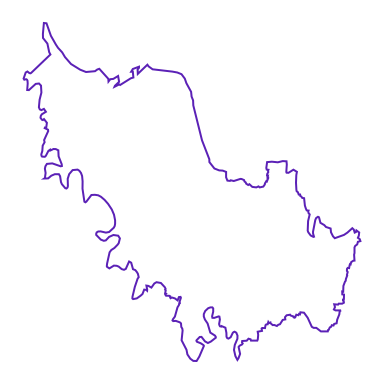 the district of Kushtia, Khulna, Bangladesh
{"feature_id": "16705992B21124734124900", "entity_name": "Kushtia", "entity_type": "district", "adm_level": 2, "iso_a3": "BGD", "parent_name": "Bangladesh", "parent_adm1": "Khulna", "projection": "equal_earth", "projection_center": [89.019, 23.943], "detail": "fine", "context": "isolated", "style": "outline", "palette": "violet", "viewbox_px": 384, "rotation_deg": 0, "n_neighbors": 0, "source": "geoboundaries", "source_scale": "gbopen_adm2", "svg_char_len": 5953}
<svg xmlns="http://www.w3.org/2000/svg" viewBox="0 0 384 384"><path d="M186.5,349.8L187.4,354.4L190.3,358.7L193.3,360.9L196.6,361.0L199.3,356.6L203.9,345.9L203.4,345.0L200.6,343.2L197.0,341.8L196.4,340.8L196.6,340.2L199.7,337.0L201.5,336.9L205.0,341.4L207.9,343.0L210.8,341.6L215.8,337.7L215.8,336.9L215.0,335.6L210.3,332.6L207.6,323.5L204.9,319.5L203.8,316.5L203.8,314.1L205.2,311.0L208.2,308.2L210.4,307.4L212.4,307.4L213.2,308.4L213.2,311.7L212.1,316.3L212.4,317.8L214.2,317.9L218.6,316.4L219.4,316.6L219.9,319.5L219.1,324.0L219.5,325.4L220.0,326.3L221.3,326.6L221.6,326.1L225.4,327.7L226.4,332.9L226.5,336.8L227.3,338.2L228.5,338.6L230.7,337.2L232.8,332.8L233.6,332.1L234.6,331.7L236.3,332.7L237.5,335.6L237.4,338.8L234.8,344.9L234.0,349.9L235.4,356.1L237.4,359.9L238.5,358.2L240.1,353.9L238.6,347.0L239.6,345.7L242.1,344.4L242.7,343.5L242.0,342.4L242.2,341.0L246.7,340.7L248.5,338.7L250.6,339.3L251.0,340.6L257.3,340.6L257.8,339.3L258.2,334.8L257.7,331.7L262.0,330.9L261.6,328.5L262.2,328.0L265.0,328.1L265.5,325.2L266.3,324.4L267.6,324.3L268.3,322.0L269.0,323.1L270.4,322.5L270.5,323.2L272.7,325.1L274.3,325.0L276.9,326.0L278.2,324.8L280.0,324.2L282.7,319.9L285.3,319.4L285.0,317.2L286.6,315.3L290.1,314.7L290.6,315.5L293.6,316.5L293.6,317.3L294.4,317.7L295.2,317.4L296.3,314.7L298.4,315.2L299.0,313.9L300.0,314.3L300.4,312.3L304.0,312.7L307.7,317.8L311.8,326.8L313.7,327.9L316.4,327.9L320.9,331.4L327.8,331.4L328.1,330.0L328.7,329.8L329.8,327.4L331.1,326.8L331.8,325.2L333.5,325.5L334.2,323.9L336.6,323.3L337.2,319.7L339.3,314.4L339.7,311.2L340.3,310.9L340.2,310.4L335.5,310.4L333.9,309.5L335.0,307.1L334.2,304.3L338.1,304.6L338.7,303.7L342.1,303.7L343.9,302.7L343.7,300.9L343.0,300.6L343.0,299.5L343.9,299.1L344.0,294.6L342.3,294.4L342.2,291.5L343.2,291.7L343.4,285.9L345.0,281.6L345.7,280.8L345.9,279.0L347.2,275.5L346.9,275.0L347.7,272.0L346.9,270.9L347.0,268.9L347.7,267.9L349.1,268.1L349.6,265.2L350.0,264.1L350.6,264.4L351.2,262.1L353.3,260.7L354.5,260.6L354.1,254.7L354.5,253.0L354.5,247.4L355.2,245.9L357.2,244.4L357.9,241.8L360.4,241.1L359.8,239.2L357.9,237.8L358.8,235.7L359.2,232.5L356.4,230.4L355.9,232.1L354.7,232.6L353.8,229.6L352.3,228.2L347.4,232.6L344.0,234.9L334.8,238.2L333.0,236.3L331.0,232.3L330.6,228.5L326.0,227.0L324.3,225.1L320.4,222.8L319.2,218.0L318.7,217.0L317.9,216.8L316.1,218.1L315.3,220.0L313.0,231.9L313.1,233.7L314.0,236.7L313.4,236.9L310.7,235.5L308.3,232.3L307.7,230.7L308.1,221.0L309.7,214.4L308.6,213.2L308.2,211.4L308.5,210.6L306.7,210.4L305.9,208.7L304.9,205.6L304.1,198.2L302.2,197.9L301.4,196.6L300.3,196.0L300.1,194.5L298.7,194.5L297.9,192.2L296.7,191.3L296.4,189.9L296.0,182.7L296.3,175.1L296.9,171.8L293.4,169.7L288.5,172.8L286.6,172.7L286.3,172.0L286.8,164.5L286.5,161.3L282.7,161.1L277.8,162.3L271.9,161.7L267.1,162.1L266.3,168.0L266.7,169.6L268.4,169.8L268.0,170.9L268.3,172.1L267.2,174.0L267.0,175.6L267.3,176.1L267.9,175.9L267.5,177.6L268.2,177.6L268.2,178.2L266.9,181.4L266.4,181.0L264.9,183.5L264.8,184.5L263.3,186.6L259.7,187.4L258.5,186.4L256.3,187.4L252.3,186.9L249.4,184.2L248.2,185.0L246.2,183.7L245.7,182.4L244.5,181.5L244.1,180.1L241.6,179.0L240.4,178.9L233.8,181.0L230.7,180.3L230.0,180.9L227.4,180.6L226.1,177.3L226.1,171.9L222.7,170.6L219.2,170.4L214.4,168.5L209.4,162.1L209.3,159.2L202.0,140.3L193.3,105.4L193.1,100.4L191.6,96.6L191.1,91.8L186.4,83.2L184.8,78.6L181.5,74.2L177.3,72.5L172.4,71.6L152.6,69.3L148.6,66.4L147.4,64.7L137.8,73.9L137.6,69.5L139.0,67.8L139.0,66.7L132.8,69.0L131.2,71.7L132.8,71.6L133.4,77.5L130.8,78.3L120.1,85.0L119.2,84.4L114.5,86.8L114.9,85.8L119.1,81.8L118.1,76.0L113.3,78.9L110.3,79.2L108.5,81.5L108.3,78.8L99.3,68.8L97.3,69.5L95.0,71.2L86.0,72.0L80.2,69.7L71.0,64.0L65.0,57.1L62.2,52.4L58.0,47.8L55.9,44.6L50.9,35.8L46.5,23.3L43.9,23.0L42.9,34.0L43.0,38.0L47.4,43.6L49.2,52.2L50.4,54.5L31.4,72.7L30.6,73.3L29.4,73.1L27.4,71.5L25.7,72.5L23.6,78.6L24.3,79.7L26.1,79.2L27.0,79.7L27.5,80.7L27.7,83.5L27.2,90.0L28.9,90.1L35.7,83.9L39.0,83.5L41.0,85.6L41.4,92.6L39.6,99.7L38.9,107.3L39.8,109.4L41.4,110.1L43.9,108.9L45.9,111.8L41.8,114.3L40.8,115.9L40.5,117.8L42.0,119.8L42.9,120.1L44.0,119.1L46.9,122.8L46.2,127.8L45.0,127.5L44.7,128.1L48.0,129.7L48.2,131.1L44.1,140.1L44.6,142.2L42.7,145.6L42.3,151.1L41.3,154.3L41.5,155.8L42.1,156.6L44.8,156.8L45.8,155.9L48.4,150.9L50.1,149.7L50.3,150.5L53.5,149.0L55.8,149.1L58.3,150.3L58.6,156.3L61.7,164.2L61.9,166.0L60.7,166.3L52.3,163.4L46.9,163.9L45.4,166.3L44.9,168.7L45.6,173.0L44.9,178.1L44.3,178.5L48.1,178.4L51.3,175.7L54.8,174.2L58.9,174.2L60.1,176.2L61.0,182.1L61.9,184.2L65.3,188.2L66.5,188.5L67.5,187.5L67.9,186.0L67.7,178.8L69.2,174.1L72.6,170.1L77.6,169.6L79.4,170.8L81.0,173.0L82.1,176.0L82.6,181.3L82.5,188.7L84.4,201.7L85.4,202.3L86.4,201.6L91.4,195.0L94.9,194.8L98.2,195.3L101.0,196.8L104.6,199.9L108.1,203.9L111.8,209.5L114.0,214.7L115.1,220.3L115.1,223.8L114.7,226.0L113.8,227.7L109.1,232.0L105.9,232.6L100.6,231.4L98.2,231.5L96.7,232.4L96.2,233.7L96.2,234.9L100.8,239.6L103.8,240.8L105.8,240.4L109.1,236.9L113.4,235.0L118.2,235.7L119.9,238.4L118.7,243.2L117.6,244.7L114.4,248.0L111.3,250.0L109.6,252.3L107.1,263.5L106.8,266.2L107.1,266.9L109.4,268.4L113.9,265.6L116.7,265.8L118.7,266.6L121.7,269.1L124.0,269.8L125.8,268.9L129.1,261.5L131.2,262.7L133.0,269.2L135.3,270.1L136.9,272.1L137.9,273.8L138.7,277.2L137.6,278.7L134.8,287.0L132.5,296.7L132.4,298.5L133.1,299.1L136.8,298.4L140.6,295.7L142.5,294.0L144.2,289.6L146.2,289.9L147.1,290.7L147.2,289.6L146.4,285.6L148.4,285.9L151.4,287.6L154.3,283.5L156.5,282.2L160.9,283.0L164.8,287.2L165.6,288.9L165.1,289.7L165.7,290.5L165.1,293.4L166.0,293.7L165.3,294.6L166.0,295.7L169.3,295.8L170.2,296.3L170.1,297.4L170.6,298.2L171.9,297.5L174.9,298.4L177.6,300.4L178.9,297.1L180.5,296.9L180.9,297.8L179.7,301.4L179.8,303.1L179.3,303.1L178.9,305.1L177.5,307.3L174.9,316.6L172.9,319.3L172.5,320.5L173.2,321.1L175.8,320.9L179.8,322.3L181.0,323.4L181.3,327.0L182.3,328.6L182.6,330.5L181.6,340.3L186.5,349.8Z" fill="none" stroke="#5b21b6" stroke-width="2"/></svg>